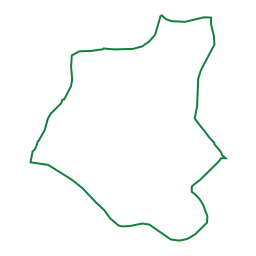 the district of Santa María de Jesús, Sacatepéquez, Guatemala
{"feature_id": "79465075B23332784997029", "entity_name": "Santa María de Jesús", "entity_type": "district", "adm_level": 2, "iso_a3": "GTM", "parent_name": "Guatemala", "parent_adm1": "Sacatepéquez", "projection": "orthographic", "projection_center": [-90.695, 14.477], "detail": "fine", "context": "isolated", "style": "outline", "palette": "green", "viewbox_px": 256, "rotation_deg": 0, "n_neighbors": 0, "source": "geoboundaries", "source_scale": "gbopen_adm2", "svg_char_len": 1067}
<svg xmlns="http://www.w3.org/2000/svg" viewBox="0 0 256 256"><path d="M211.1,17.6L203.9,17.3L185.3,21.8L171.7,21.2L166.0,19.2L164.8,18.1L163.0,16.5L161.8,15.4L160.5,16.2L155.2,34.6L149.3,41.4L142.1,46.4L133.0,48.9L114.3,49.4L103.7,48.5L102.8,49.3L90.5,51.0L79.4,51.3L71.8,55.4L71.1,66.6L72.2,79.7L70.9,86.5L64.1,99.5L62.3,99.9L61.2,103.3L50.6,113.8L47.7,119.1L44.8,129.9L38.5,141.0L37.7,141.7L37.2,143.3L36.1,146.8L34.8,149.4L32.6,151.5L30.5,162.3L48.1,164.9L71.2,179.3L82.3,188.0L94.6,201.0L95.9,202.4L104.3,210.2L110.1,218.3L118.5,225.5L121.5,226.4L129.6,226.1L142.4,223.5L149.4,224.6L170.7,239.4L179.3,240.6L187.2,239.0L195.1,234.4L207.0,222.6L207.4,216.3L202.9,204.3L200.8,201.0L199.0,198.4L194.2,193.6L191.9,192.0L191.7,188.8L192.0,186.4L194.3,184.3L200.7,179.3L218.5,161.7L220.1,159.7L221.1,158.2L225.5,158.2L222.1,155.2L221.1,152.3L214.4,144.1L214.3,142.8L209.7,137.9L203.6,129.9L200.6,126.3L194.7,118.5L197.1,106.2L198.2,78.6L200.7,70.9L202.5,67.0L210.1,52.8L214.4,44.6L214.0,36.5L211.1,24.5L211.1,17.6Z" fill="none" stroke="#15803d" stroke-width="2"/></svg>